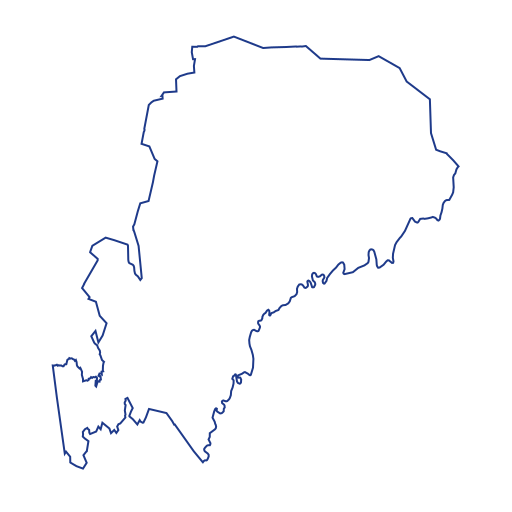 the district of Zvārtavas pag., Valkas, Latvia, rotated 92°
{"feature_id": "27541924B49399924673855", "entity_name": "Zvārtavas pag.", "entity_type": "district", "adm_level": 2, "iso_a3": "LVA", "parent_name": "Latvia", "parent_adm1": "Valkas", "projection": "robinson", "projection_center": [26.269, 57.593], "detail": "fine", "context": "isolated", "style": "outline", "palette": "blue", "viewbox_px": 512, "rotation_deg": 92, "n_neighbors": 0, "source": "geoboundaries", "source_scale": "gbopen_adm2", "svg_char_len": 6058}
<svg xmlns="http://www.w3.org/2000/svg" viewBox="0 0 512 512"><g transform="rotate(92 256 256)"><path d="M372.5,455.3L404.2,450.1L460.2,440.2L458.2,439.0L463.1,434.7L468.8,434.4L469.2,433.8L472.3,428.1L474.5,421.5L468.6,418.0L461.1,421.5L457.3,418.7L457.1,418.3L446.9,417.0L444.3,420.8L442.5,422.8L440.2,422.6L437.9,422.9L435.1,420.9L433.7,418.6L434.6,418.1L435.6,416.7L438.4,416.4L439.7,415.6L437.0,409.6L432.0,407.6L434.6,405.2L428.0,403.7L433.5,396.5L438.1,394.7L434.8,391.6L437.7,389.4L434.8,387.5L431.3,388.8L428.9,387.6L428.1,385.8L422.0,380.9L420.2,381.3L419.0,380.9L414.9,381.7L409.5,381.1L408.4,382.0L406.9,382.1L405.1,381.2L403.4,381.5L402.3,379.5L412.3,373.9L415.8,375.5L420.2,377.0L420.7,376.9L423.4,373.4L428.5,368.7L424.1,366.5L425.5,365.6L426.6,363.4L426.4,362.7L421.2,360.4L412.6,357.6L416.1,340.0L423.9,334.0L427.4,331.9L427.2,331.3L453.3,311.4L463.7,302.2L464.0,301.9L462.7,301.0L462.0,299.9L462.0,298.3L461.7,297.9L460.5,297.2L458.0,296.3L456.3,296.4L455.1,297.3L453.0,300.3L452.2,300.8L450.8,301.1L449.4,300.3L447.3,298.5L446.8,297.3L446.7,295.5L445.8,295.1L444.7,295.0L441.0,297.0L438.4,295.9L434.7,296.0L430.6,290.9L429.6,290.2L427.9,289.9L426.0,290.4L425.2,290.9L423.1,291.5L419.1,293.8L412.9,292.4L410.4,291.5L409.6,290.6L410.0,289.8L412.0,290.0L412.9,289.2L414.6,286.3L414.3,284.9L413.9,284.3L412.4,282.9L409.7,282.8L408.5,282.0L406.6,282.2L405.7,282.7L404.2,284.7L402.7,285.0L402.0,284.6L401.5,283.7L402.3,280.9L402.0,279.7L400.1,277.9L398.8,277.2L396.0,276.3L391.8,276.1L388.3,274.8L384.3,274.0L381.3,274.0L380.5,274.4L379.6,275.4L377.0,274.7L376.6,273.9L375.0,272.6L375.2,272.0L382.1,270.6L383.5,269.6L384.2,267.8L383.9,267.2L382.9,266.6L380.0,266.5L378.1,267.5L378.0,268.1L378.2,269.4L377.8,269.9L377.1,270.1L375.9,269.7L374.2,265.9L372.7,263.9L372.4,263.0L373.9,260.0L375.3,258.2L375.3,257.4L374.9,257.0L367.7,255.1L358.9,255.0L355.0,255.7L350.0,257.3L346.4,258.9L343.7,259.5L340.2,259.9L337.1,259.4L332.4,258.2L330.8,257.4L330.2,256.6L329.8,255.4L331.0,253.0L331.2,251.8L330.9,251.0L330.4,250.7L327.4,249.6L326.5,249.5L325.3,250.0L324.1,251.0L323.3,251.5L322.0,251.6L321.1,251.4L320.6,250.5L320.4,248.9L319.7,248.2L318.0,247.5L316.6,247.5L314.6,246.7L313.2,245.5L312.7,244.6L310.2,243.1L309.3,241.8L310.1,240.9L312.0,240.6L314.4,240.8L314.7,240.6L315.0,240.0L314.5,239.5L313.0,238.9L312.4,238.3L311.7,236.3L310.3,234.5L309.2,231.7L307.2,230.7L305.0,228.8L304.3,227.4L303.9,224.7L302.2,222.1L300.2,220.7L296.6,219.7L295.9,218.8L294.8,216.0L292.8,214.2L290.6,213.6L287.4,213.9L285.1,213.2L283.0,211.8L282.7,210.5L282.8,209.3L283.8,208.0L285.9,206.5L286.2,205.5L286.0,204.9L284.8,203.5L284.1,203.1L282.9,203.1L279.9,203.8L279.1,203.5L278.7,202.8L279.2,201.7L280.6,200.5L285.2,198.8L285.4,198.0L285.1,197.0L282.6,195.8L281.3,195.9L280.1,196.4L278.4,198.3L274.4,199.4L272.3,199.2L271.0,198.2L270.8,197.4L271.1,196.4L272.0,195.5L274.3,194.5L274.7,193.2L274.1,191.4L272.4,189.6L272.2,188.9L272.4,187.9L273.6,187.1L275.1,186.9L277.5,188.3L278.7,188.5L280.5,188.1L281.3,187.0L281.1,186.5L278.4,184.7L275.4,184.1L271.5,181.5L267.8,178.6L264.8,175.6L261.7,173.4L259.7,171.1L259.3,169.8L259.5,168.8L261.6,167.5L266.0,167.0L269.8,168.2L270.7,167.7L271.0,166.8L268.8,158.6L264.3,153.4L261.6,147.3L259.2,144.1L258.0,143.4L254.1,143.0L251.1,143.6L248.2,143.5L246.5,142.8L245.5,141.9L245.3,140.7L245.6,139.6L246.1,138.8L247.7,137.9L255.2,135.6L260.8,135.0L262.2,134.5L263.5,133.5L263.2,132.0L260.3,128.2L257.0,125.7L255.7,124.3L255.7,123.1L258.2,119.8L258.0,118.7L256.6,118.4L253.0,119.2L248.9,119.1L240.2,117.4L237.3,116.0L232.8,112.8L231.5,111.6L225.7,108.0L213.3,102.9L212.9,102.5L212.6,101.1L216.1,98.3L217.0,96.1L216.9,95.6L216.3,95.0L213.2,93.2L212.7,90.1L213.0,88.9L212.4,85.7L211.4,82.1L210.8,80.7L211.4,78.6L212.3,77.2L213.9,75.9L214.2,74.8L213.2,73.8L212.3,73.4L209.1,73.1L205.8,72.1L202.2,71.4L198.4,71.1L196.4,70.4L194.5,69.1L193.5,67.7L193.2,64.8L187.9,62.1L185.5,61.2L180.5,60.8L170.6,61.7L168.2,61.0L166.5,59.7L162.4,58.7L160.3,57.5L159.4,56.7L153.5,62.2L147.3,68.8L146.7,69.0L144.9,75.7L143.5,79.7L127.1,85.4L93.3,87.7L76.4,111.5L63.2,119.0L52.0,140.4L56.2,149.5L56.5,198.5L44.4,213.5L45.1,217.4L45.0,218.7L45.4,222.8L45.2,223.1L46.1,233.4L47.0,247.9L47.9,256.1L37.5,285.8L48.2,314.1L48.4,321.3L49.0,322.0L49.1,327.0L54.6,327.3L61.5,325.8L61.4,323.8L68.2,324.7L74.8,324.0L76.2,330.8L78.9,338.3L82.2,342.1L94.4,341.2L95.7,353.7L99.2,355.9L99.0,355.1L102.0,354.8L104.4,363.6L106.1,365.9L108.8,368.4L132.9,372.1L133.5,371.8L134.7,371.9L136.1,372.5L147.9,374.3L150.2,366.4L162.5,360.7L164.8,357.8L179.2,360.6L186.0,361.6L198.2,364.0L204.8,365.3L207.4,373.5L215.5,375.7L228.6,378.7L230.9,379.9L234.4,379.4L234.4,379.2L236.7,378.3L250.0,373.7L282.1,369.4L284.0,370.8L280.4,373.4L279.1,375.2L277.8,376.3L275.1,377.0L271.6,377.4L269.9,378.0L269.0,378.9L267.5,382.4L266.3,383.1L264.4,383.5L250.1,384.3L249.1,384.8L245.1,398.3L242.9,406.9L251.5,419.9L257.5,421.8L258.1,421.9L264.4,414.1L265.9,414.1L289.7,426.8L289.9,426.7L294.1,428.7L302.9,420.9L304.7,421.9L307.3,414.4L321.2,410.1L328.4,403.0L340.8,406.5L347.9,410.5L336.5,413.8L341.9,417.8L348.0,414.8L349.0,414.1L350.9,411.6L353.4,410.6L356.0,408.8L358.1,408.4L359.7,408.8L360.6,408.1L365.3,406.3L367.1,404.2L367.7,404.6L371.0,405.1L375.7,405.1L376.6,404.7L377.0,406.3L379.5,406.0L378.9,406.8L378.9,408.3L381.2,409.2L381.8,408.2L381.5,407.2L384.9,406.7L385.5,407.8L387.0,408.0L386.7,409.4L388.3,410.2L392.0,411.2L391.2,412.0L386.3,411.8L386.2,411.0L384.6,410.6L383.2,410.7L382.2,411.8L382.9,412.7L382.6,414.4L383.5,415.5L382.8,416.6L384.0,417.3L384.5,418.9L385.5,418.8L386.5,420.0L386.1,421.2L387.3,424.5L384.9,424.6L380.9,425.9L377.8,425.8L374.8,427.2L373.9,427.7L374.6,428.4L372.6,430.6L371.3,431.2L368.3,431.6L366.2,432.4L367.1,433.3L365.9,434.1L365.4,435.5L364.8,436.3L364.7,437.0L365.0,437.8L364.5,439.0L365.6,439.5L365.8,440.2L366.4,440.9L370.8,441.8L370.9,442.0L370.8,442.8L371.1,443.5L372.9,444.5L373.0,445.3L372.1,447.1L372.4,448.1L372.0,449.3L372.6,450.2L371.6,451.2L372.1,452.0L372.2,453.0L372.6,453.4L372.5,455.3Z" fill="none" stroke="#1e3a8a" stroke-width="2"/></g></svg>